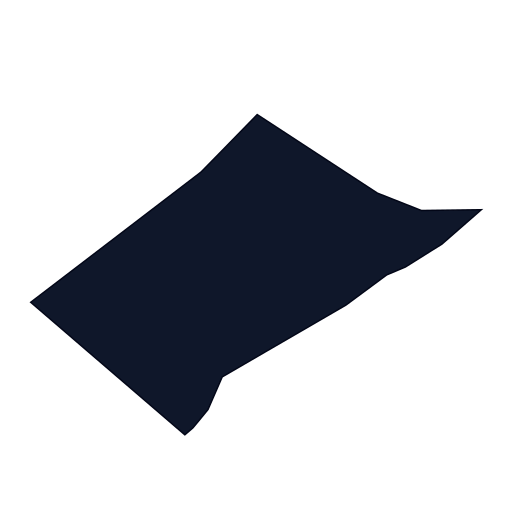 Badr, Al Qahirah, Egypt, rotated 136°
{"feature_id": "37247803B98610862498628", "entity_name": "Badr", "entity_type": "district", "adm_level": 2, "iso_a3": "EGY", "parent_name": "Egypt", "parent_adm1": "Al Qahirah", "projection": "natural_earth1", "projection_center": [31.692, 30.146], "detail": "fine", "context": "isolated", "style": "filled", "palette": "ink", "viewbox_px": 512, "rotation_deg": 136, "n_neighbors": 0, "source": "geoboundaries", "source_scale": "gbopen_adm2", "svg_char_len": 458}
<svg xmlns="http://www.w3.org/2000/svg" viewBox="0 0 512 512"><g transform="rotate(136 256 256)"><path d="M337.9,366.2L351.8,367.8L450.2,379.2L431.4,176.8L420.8,176.2L412.5,177.1L397.2,178.9L364.3,192.5L316.4,180.7L225.3,158.2L213.9,156.7L175.1,151.6L161.9,146.5L156.2,144.3L126.2,138.0L114.1,135.4L61.8,132.8L105.4,173.8L125.0,216.9L156.9,356.9L210.9,355.3L237.2,354.6L243.5,355.3L337.9,366.2Z" fill="#0f172a" stroke="#020617" stroke-width="1.5"/></g></svg>